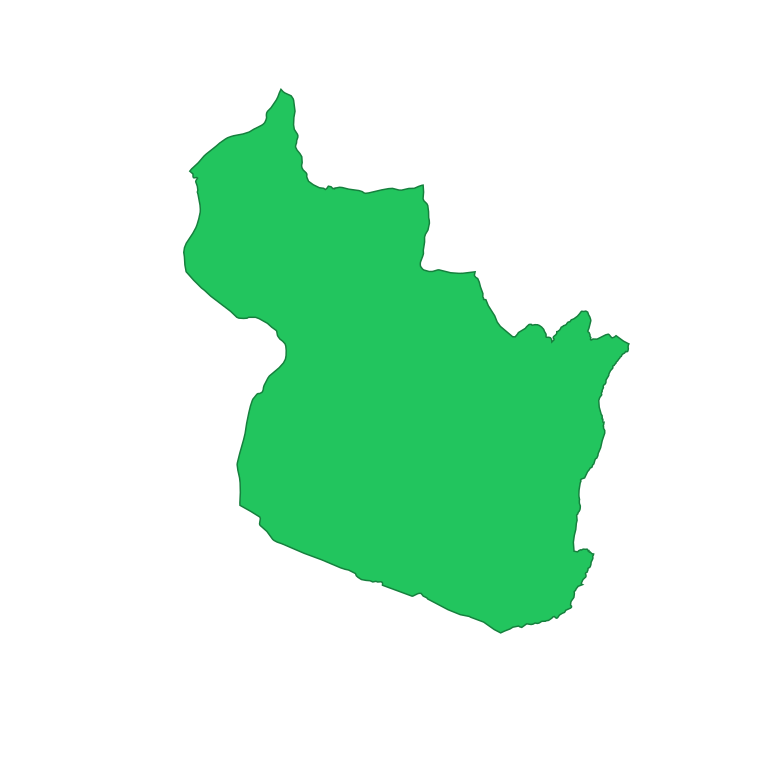 outline of Gayo Lues, Aceh, Indonesia, rotated 33°
{"feature_id": "22746128B71384327775718", "entity_name": "Gayo Lues", "entity_type": "district", "adm_level": 2, "iso_a3": "IDN", "parent_name": "Indonesia", "parent_adm1": "Aceh", "projection": "equal_earth", "projection_center": [97.458, 3.981], "detail": "fine", "context": "isolated", "style": "filled", "palette": "green", "viewbox_px": 768, "rotation_deg": 33, "n_neighbors": 0, "source": "geoboundaries", "source_scale": "gbopen_adm2", "svg_char_len": 6158}
<svg xmlns="http://www.w3.org/2000/svg" viewBox="0 0 768 768"><g transform="rotate(33 384 384)"><path d="M304.8,531.7L308.4,535.9L314.0,541.4L317.2,545.3L322.6,553.2L327.9,562.2L329.3,564.2L341.6,563.4L352.3,563.2L353.6,564.2L355.7,568.9L356.4,569.7L357.4,570.1L366.0,571.4L375.2,574.9L377.0,575.1L380.4,574.8L385.3,573.6L409.1,569.5L427.3,565.4L447.7,561.8L452.2,560.6L455.6,559.3L463.3,558.5L465.2,559.9L467.5,560.3L471.5,560.3L475.9,558.5L479.4,556.6L482.4,556.1L484.7,553.9L486.5,553.5L489.3,551.4L490.7,551.4L491.3,551.9L492.3,553.6L522.9,546.7L523.7,546.2L526.5,541.5L527.5,540.4L529.2,539.4L532.4,540.5L536.3,540.0L537.7,540.5L560.6,538.4L573.6,535.9L582.1,532.5L583.7,532.4L597.2,529.4L610.2,529.9L617.4,529.2L619.7,525.5L623.1,520.8L624.5,517.8L628.7,513.7L630.1,513.7L632.1,513.1L634.3,507.4L638.3,505.6L639.8,504.2L640.9,502.2L643.0,501.3L644.3,499.9L645.6,497.1L648.5,495.1L649.1,494.1L650.8,492.6L652.3,488.9L652.6,487.2L653.5,486.2L655.3,486.6L656.5,486.3L656.9,485.2L657.0,482.2L658.4,479.2L659.8,477.2L659.7,474.7L662.5,470.3L662.8,469.2L662.3,468.2L660.9,467.9L659.6,465.4L659.3,464.2L659.5,459.6L657.9,456.2L656.6,454.6L657.0,452.8L656.7,450.7L657.0,448.9L656.8,448.2L659.8,444.1L658.6,444.2L658.2,443.9L657.8,442.7L657.4,439.6L658.3,436.0L658.1,435.2L657.4,434.2L656.4,433.5L656.1,432.9L656.3,432.0L656.9,430.9L656.4,429.8L656.4,429.0L655.6,427.7L655.7,426.9L656.4,425.9L656.4,424.7L655.9,422.8L654.8,420.7L654.3,417.1L654.0,416.2L652.8,414.7L652.8,413.4L652.4,412.4L650.8,413.1L648.3,412.6L647.9,413.2L647.1,412.8L646.7,412.2L646.2,412.8L645.1,412.0L644.2,411.9L643.5,412.6L641.0,414.0L639.8,415.9L639.2,416.0L638.2,417.5L637.7,419.4L634.4,420.7L629.0,413.6L626.1,407.4L624.1,401.6L621.2,396.1L620.2,393.2L617.1,389.2L617.0,388.3L617.3,387.4L616.8,386.0L617.0,384.7L616.8,382.8L616.1,381.1L615.1,379.4L612.8,377.6L611.3,375.4L611.0,374.5L608.8,372.2L607.6,370.5L605.3,366.6L602.5,360.3L602.0,358.1L601.1,357.5L601.3,356.2L603.4,353.5L602.5,346.6L602.8,344.4L602.7,342.2L603.7,340.6L603.1,338.0L603.5,336.8L602.2,332.4L602.2,331.4L602.8,330.3L602.4,327.6L601.5,325.7L600.4,319.5L597.8,312.5L595.9,305.0L594.5,302.8L592.3,301.6L591.3,300.1L590.7,299.8L590.3,298.3L589.4,296.3L588.9,296.8L588.2,296.6L586.7,294.3L586.0,294.5L585.6,294.2L585.4,293.4L583.9,291.5L583.0,291.4L577.1,286.2L573.1,280.9L572.3,277.9L572.5,274.5L571.3,273.4L571.0,271.3L570.5,270.8L570.3,270.0L570.0,267.5L569.4,267.1L568.9,265.9L569.0,264.6L569.4,264.1L569.4,262.2L568.0,259.6L567.9,255.4L567.8,254.4L567.1,253.0L566.7,249.5L567.2,246.4L567.1,245.7L566.5,245.1L566.2,244.1L566.9,243.0L566.8,242.1L567.2,240.2L566.8,239.3L567.3,237.4L567.3,235.2L567.6,234.2L567.4,232.9L568.0,231.5L567.7,230.0L567.8,229.1L568.9,227.0L569.0,225.1L570.0,224.8L570.6,224.0L570.3,222.7L569.6,221.2L568.5,220.0L567.6,217.9L567.6,217.0L561.7,217.6L552.3,217.1L551.7,219.1L550.3,221.0L549.5,221.1L545.8,220.0L544.9,220.1L543.1,222.1L538.3,230.3L534.7,232.5L534.1,234.0L533.3,234.4L532.8,234.1L532.2,232.4L530.9,231.9L529.9,230.5L528.0,229.2L526.7,229.1L526.1,228.6L525.5,225.6L523.0,218.3L522.0,217.2L520.0,215.6L518.0,214.6L515.7,212.8L513.6,212.9L512.0,214.4L510.2,215.3L509.9,216.2L509.8,218.4L509.3,221.8L507.7,226.0L506.1,228.2L506.0,230.5L504.7,231.8L504.4,233.4L504.5,234.7L504.1,235.7L502.7,237.5L502.7,238.3L501.7,239.8L502.0,242.6L501.3,245.0L500.4,246.0L501.2,247.2L501.4,248.7L500.4,252.0L500.8,253.2L502.2,253.7L502.5,254.5L501.9,257.4L500.3,255.4L498.4,254.6L496.9,255.0L494.7,256.4L494.1,256.1L493.2,254.5L492.5,253.8L489.9,252.5L488.2,251.2L485.2,250.4L482.4,250.3L480.5,250.7L478.2,252.1L476.2,254.1L475.3,253.7L474.0,254.4L473.2,255.2L472.4,258.3L472.2,260.4L468.7,267.7L468.8,269.2L468.3,273.0L466.2,274.3L450.2,272.3L445.2,270.4L439.7,266.5L428.8,261.5L423.5,257.8L421.5,258.9L420.9,257.9L419.4,257.1L417.7,254.3L412.0,250.0L408.3,246.6L405.1,244.5L403.1,244.6L401.1,244.0L400.5,243.4L399.3,240.3L389.7,248.3L386.4,250.5L379.3,254.4L368.0,258.3L366.9,259.1L363.5,263.1L360.5,265.1L355.3,266.7L353.6,266.6L350.5,265.4L349.1,263.7L348.2,261.9L346.8,255.5L346.1,253.2L344.1,250.4L340.7,242.8L338.0,238.7L337.2,235.8L337.0,230.9L334.5,224.4L332.9,222.2L330.9,220.2L327.5,215.2L323.5,210.5L321.8,209.5L317.6,208.6L315.8,207.3L312.7,201.5L308.5,195.9L307.6,196.7L305.6,199.2L302.8,203.4L298.3,206.5L293.1,211.9L290.9,213.2L284.6,215.3L281.5,217.6L276.4,222.4L267.1,232.1L264.6,234.2L263.3,234.6L261.0,234.5L257.7,235.4L248.3,239.8L241.9,242.0L239.6,243.2L236.9,245.8L236.3,246.9L236.1,246.5L234.8,248.0L232.2,247.4L229.6,248.4L229.5,251.2L228.8,252.9L226.9,252.7L222.9,254.6L218.8,255.1L216.2,255.4L210.3,255.1L206.4,252.4L205.0,250.0L203.6,249.3L199.5,248.5L197.1,247.1L195.8,245.5L194.8,242.9L191.3,238.2L188.1,236.6L183.7,235.2L180.7,233.4L179.8,231.5L179.4,229.6L178.1,227.2L177.4,224.2L176.6,222.7L175.4,221.7L170.1,219.3L167.0,215.9L163.3,209.6L160.8,203.7L153.7,195.3L152.5,194.3L149.3,192.9L142.3,193.9L140.2,193.8L137.1,193.0L137.7,197.0L138.6,200.9L139.0,204.3L138.8,213.8L137.8,218.8L138.0,220.7L138.8,222.4L140.6,224.8L141.2,226.9L141.6,229.8L141.2,231.9L140.4,233.8L136.0,241.3L133.7,246.1L129.6,251.1L122.8,257.6L120.8,259.9L118.7,262.7L117.5,265.1L115.0,271.3L113.8,275.6L109.7,287.8L108.9,290.9L107.7,299.8L105.5,308.5L105.2,311.3L109.4,311.9L111.0,314.2L111.8,314.7L112.4,314.6L114.5,312.8L115.5,312.9L115.5,315.7L115.9,316.9L119.7,319.8L122.3,322.8L122.9,324.7L124.7,326.2L132.2,334.1L134.8,337.5L136.3,340.0L138.6,346.0L140.4,352.0L141.1,355.3L141.6,361.8L141.5,373.6L142.4,378.3L144.4,382.7L147.3,386.0L152.2,392.6L156.9,397.6L167.8,400.6L178.6,402.9L182.3,403.2L190.9,404.7L215.8,406.6L224.2,408.2L226.4,407.8L230.5,405.5L233.3,403.4L234.1,401.8L240.0,398.0L243.7,397.2L253.2,396.6L258.9,397.5L264.4,397.8L265.3,398.2L268.1,401.2L269.1,401.8L272.1,403.0L275.8,403.3L279.1,404.2L281.0,405.7L283.7,409.1L286.4,413.5L287.8,416.9L288.2,421.1L287.2,427.5L283.5,439.7L283.4,442.3L284.2,450.4L284.8,452.5L285.8,454.6L286.2,456.2L286.2,457.3L285.1,459.5L283.5,460.7L283.0,461.7L282.3,468.0L282.5,469.5L284.0,475.2L286.4,482.0L290.2,491.7L294.4,501.0L296.5,506.9L300.8,520.8L304.0,530.1L304.8,531.7Z" fill="#22c55e" stroke="#15803d" stroke-width="1.5"/></g></svg>